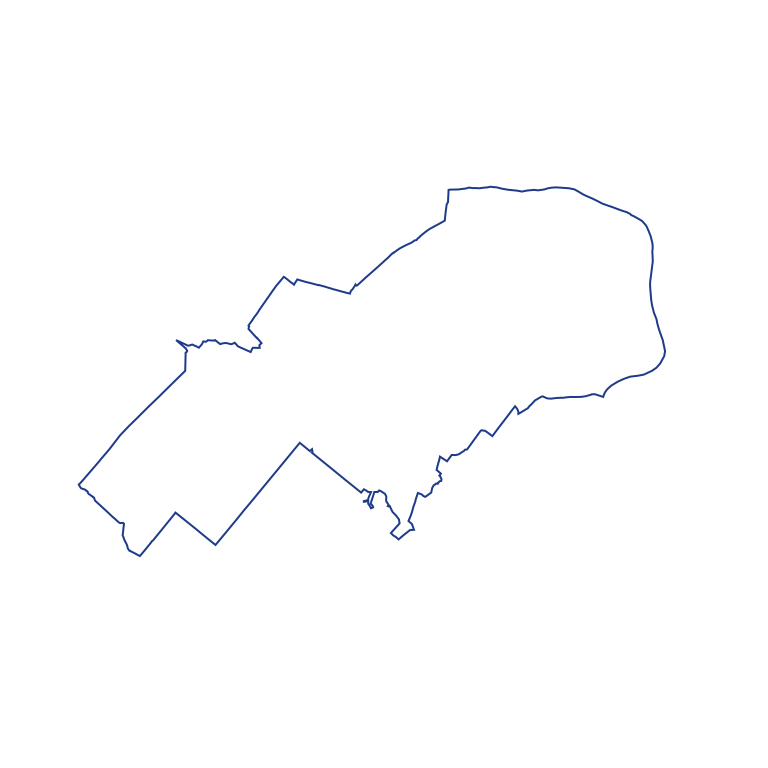 outline of Seces pag., Jaunjelgavas, Latvia, rotated 47°
{"feature_id": "27541924B20656105866452", "entity_name": "Seces pag.", "entity_type": "district", "adm_level": 2, "iso_a3": "LVA", "parent_name": "Latvia", "parent_adm1": "Jaunjelgavas", "projection": "albers", "projection_center": [25.369, 56.527], "detail": "fine", "context": "isolated", "style": "outline", "palette": "blue", "viewbox_px": 768, "rotation_deg": 47, "n_neighbors": 0, "source": "geoboundaries", "source_scale": "gbopen_adm2", "svg_char_len": 6017}
<svg xmlns="http://www.w3.org/2000/svg" viewBox="0 0 768 768"><g transform="rotate(47 384 384)"><path d="M286.1,204.4L293.6,212.1L294.6,213.1L295.4,215.7L300.6,222.0L306.0,228.2L304.5,234.2L303.4,238.4L303.0,239.6L302.8,240.9L302.2,243.0L301.6,245.6L301.1,249.4L300.8,253.3L300.6,256.9L300.7,257.6L300.8,257.7L300.6,260.4L300.9,262.2L300.0,263.3L299.7,265.5L299.2,268.1L297.6,272.7L295.9,278.8L295.7,279.5L295.1,283.2L294.7,287.1L294.5,288.1L294.3,288.0L294.2,288.9L294.2,291.8L294.3,292.2L294.4,295.9L294.3,297.8L294.2,305.5L294.1,310.1L294.1,310.5L294.0,315.1L293.7,323.9L293.6,336.3L293.2,337.1L291.8,337.0L292.0,337.4L292.4,338.8L292.7,340.1L292.9,340.8L293.2,342.2L293.3,343.5L293.3,343.9L293.4,344.7L293.6,345.3L293.9,346.0L294.1,346.3L294.4,346.8L294.7,347.1L293.2,348.3L286.3,352.6L283.0,354.6L279.7,356.7L278.9,357.1L275.7,359.0L271.9,361.2L267.1,364.2L267.1,364.5L262.6,367.3L256.0,371.6L249.8,375.3L248.4,376.1L249.2,379.2L249.4,380.3L250.0,382.1L248.2,382.3L245.4,382.9L242.1,383.3L241.4,383.4L238.2,383.9L237.3,384.2L237.9,389.3L238.2,391.5L238.7,395.8L240.0,402.5L241.7,410.1L241.9,411.2L244.9,425.2L245.1,425.6L245.7,428.0L246.3,431.1L246.5,432.8L247.6,437.2L248.1,439.8L248.8,443.2L250.1,443.5L250.2,444.0L251.3,445.5L256.6,445.6L263.5,445.7L263.5,445.4L270.6,445.7L270.6,448.6L272.8,450.3L268.1,455.2L268.4,456.6L269.7,459.7L260.1,463.8L259.7,464.0L256.8,465.1L252.0,465.0L251.8,466.0L251.0,468.0L250.8,468.4L250.6,468.7L250.3,468.9L246.6,471.3L246.3,471.5L245.0,473.2L244.5,473.9L243.4,475.9L243.3,476.2L243.3,476.4L243.2,476.6L236.6,477.6L236.6,478.3L236.4,478.6L236.1,479.0L234.6,480.4L231.9,482.9L232.0,483.1L231.6,485.5L229.6,487.1L230.3,488.8L230.8,490.3L231.2,494.6L227.7,495.9L226.7,496.4L224.4,497.3L223.0,500.2L222.4,501.2L214.8,504.2L210.1,506.1L222.8,504.7L225.6,505.3L226.0,506.4L225.8,507.7L238.8,520.4L239.3,541.0L239.8,557.7L240.0,571.5L240.5,587.0L240.8,599.2L241.5,611.7L244.4,629.2L245.8,641.6L246.4,646.0L247.7,657.8L249.0,669.7L249.4,674.2L249.3,675.7L249.7,675.8L250.8,676.2L252.9,676.6L253.7,676.6L255.8,675.6L256.6,675.0L257.6,674.7L258.4,674.5L259.2,674.6L259.7,674.4L260.1,674.1L260.7,674.2L261.2,674.4L261.4,674.7L261.8,674.8L262.3,674.9L263.5,674.9L264.8,674.4L265.3,674.5L267.5,673.9L268.0,674.1L268.3,674.0L268.9,673.6L269.2,673.6L269.4,673.6L270.0,673.9L271.8,674.7L272.0,674.8L272.3,674.8L272.7,674.8L273.3,674.8L275.5,674.6L280.7,674.2L289.7,673.5L291.0,673.4L291.3,673.4L296.3,673.1L298.8,672.8L299.5,672.7L301.1,672.6L304.6,672.3L304.8,672.3L305.5,671.9L306.4,671.2L306.6,670.9L306.9,670.5L307.5,669.6L308.9,669.5L311.7,672.8L316.5,678.4L318.9,679.2L319.1,679.4L320.9,680.2L321.9,680.4L323.0,680.9L324.7,681.2L325.4,681.5L326.7,681.9L327.7,682.4L328.8,683.1L329.3,683.4L331.1,683.8L332.0,683.9L332.6,683.8L332.7,683.5L333.4,683.4L336.2,682.3L343.3,679.9L342.5,672.8L342.0,669.2L341.2,663.3L340.8,661.4L340.7,660.6L340.9,659.6L339.6,650.3L337.0,631.7L336.1,625.5L335.8,624.2L360.6,620.6L374.9,618.7L386.8,617.0L384.6,599.7L382.6,584.4L380.6,570.4L380.5,569.1L379.0,557.3L374.7,524.6L369.8,487.5L369.6,485.7L382.4,484.0L382.6,481.1L385.0,482.7L384.9,483.6L398.5,481.7L408.4,480.3L428.2,477.6L437.8,476.2L447.8,474.8L447.6,472.8L447.3,470.5L450.0,469.6L452.0,469.3L452.8,468.6L454.2,467.2L456.5,472.6L457.9,474.8L455.9,478.7L456.4,479.1L458.9,475.4L460.1,476.6L461.0,477.3L462.7,477.4L466.0,478.3L466.8,476.1L465.3,475.4L465.0,475.4L462.3,475.3L459.8,470.7L456.4,464.7L458.7,462.3L458.6,461.7L458.5,460.2L460.0,459.4L465.0,458.2L466.5,458.6L467.8,459.0L468.9,460.1L469.6,460.9L471.3,462.4L472.6,462.5L475.6,463.1L475.9,464.5L476.7,464.2L477.3,463.1L483.3,465.0L488.2,464.9L493.2,465.4L496.6,467.7L497.7,480.6L501.2,480.5L503.8,479.7L507.6,479.3L507.9,472.4L508.6,464.3L510.1,462.8L511.1,461.5L505.5,459.1L500.9,459.5L498.8,454.8L496.7,450.8L493.8,446.2L493.1,444.8L491.3,441.2L490.4,440.1L489.0,437.6L486.8,433.5L491.1,431.5L492.0,431.8L494.0,431.1L494.7,430.8L495.2,427.0L495.6,423.6L495.5,423.4L492.9,419.6L492.0,416.9L492.3,415.2L492.3,414.0L493.6,412.7L493.0,412.0L493.3,411.1L493.0,409.8L493.9,408.3L493.1,407.1L492.3,406.7L491.3,406.4L490.0,405.8L488.8,406.0L488.3,403.5L482.7,404.1L480.6,401.0L478.8,398.1L478.5,397.7L478.1,396.8L475.3,392.6L483.5,390.6L482.3,384.1L482.1,382.9L485.0,379.9L486.5,377.0L486.8,374.3L487.5,371.1L487.3,369.6L488.5,368.0L488.3,366.8L487.9,364.6L485.3,351.4L484.1,345.1L484.3,344.8L484.4,344.2L484.5,344.0L484.8,343.8L485.1,343.6L485.4,343.4L486.2,342.9L487.2,341.9L496.0,340.3L494.2,330.3L491.9,316.4L490.3,307.5L489.7,303.3L491.4,303.4L493.0,303.6L494.0,303.9L495.0,304.3L495.8,304.6L496.7,305.3L497.1,305.8L497.5,306.1L498.1,303.6L498.4,301.9L498.6,301.1L498.7,300.6L498.8,300.1L499.0,299.2L499.8,295.3L499.6,294.0L499.4,293.4L499.3,288.7L499.0,284.7L500.6,277.6L501.2,276.4L505.9,274.4L507.7,272.7L508.8,271.7L510.3,269.5L512.7,266.3L513.8,265.2L514.9,263.7L516.1,262.7L517.5,260.5L518.4,259.4L520.5,256.6L522.7,254.3L526.3,250.4L528.0,248.4L529.4,246.4L529.7,245.9L530.5,244.9L531.9,242.0L533.0,239.9L533.2,239.6L533.2,239.1L535.5,236.6L542.9,232.5L541.0,228.6L540.1,224.7L540.2,218.7L541.7,211.5L544.0,204.6L546.5,199.0L551.3,192.4L554.3,187.6L557.1,179.1L557.9,173.6L557.3,167.8L556.0,164.0L554.7,160.0L551.6,156.0L542.2,150.3L531.7,145.7L526.1,142.8L522.4,140.5L516.3,138.1L515.3,137.6L509.1,134.2L504.3,130.9L495.7,124.1L492.4,121.3L490.5,119.3L487.2,115.3L477.7,103.9L474.4,101.0L470.0,97.3L468.1,95.1L466.3,93.4L463.8,91.5L457.8,88.2L452.6,86.1L446.9,84.2L440.9,84.1L437.8,84.9L431.6,86.9L429.1,88.0L427.5,88.0L424.0,89.2L419.8,91.6L414.5,94.3L411.4,95.8L401.6,101.0L399.3,101.9L395.8,103.1L390.3,105.2L384.4,107.8L381.4,109.0L375.4,110.7L371.3,112.1L367.2,115.1L365.5,116.6L357.7,123.9L354.7,127.5L352.6,130.8L351.0,134.1L347.4,139.3L344.4,141.8L340.1,147.4L337.4,151.8L333.5,154.7L326.4,160.9L321.2,164.8L317.1,167.4L314.3,170.0L312.4,171.5L310.9,174.0L308.3,177.4L305.7,181.0L303.5,183.0L301.5,185.3L298.3,187.9L296.9,190.7L292.3,197.1L286.9,203.1L286.1,204.4Z" fill="none" stroke="#1e3a8a" stroke-width="2"/></g></svg>